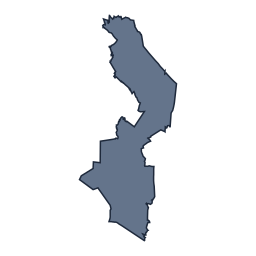 outline of Mazatepec, Morelos, Mexico
{"feature_id": "50627088B77500385000794", "entity_name": "Mazatepec", "entity_type": "district", "adm_level": 2, "iso_a3": "MEX", "parent_name": "Mexico", "parent_adm1": "Morelos", "projection": "equal_earth", "projection_center": [-99.367, 18.688], "detail": "fine", "context": "isolated", "style": "filled", "palette": "slate", "viewbox_px": 256, "rotation_deg": 0, "n_neighbors": 0, "source": "geoboundaries", "source_scale": "gbopen_adm2", "svg_char_len": 5641}
<svg xmlns="http://www.w3.org/2000/svg" viewBox="0 0 256 256"><path d="M151.9,200.0L153.5,198.8L154.7,196.7L154.2,186.3L153.8,183.4L153.6,180.8L153.6,176.6L153.7,174.8L153.7,169.0L153.9,166.5L152.7,166.5L152.0,166.5L150.8,166.2L149.2,165.8L147.8,166.3L144.8,166.2L144.6,165.3L144.7,165.2L144.8,165.0L145.0,162.3L144.4,161.3L145.0,160.3L145.4,158.7L142.9,155.9L142.7,155.0L141.9,153.1L141.4,151.7L141.3,148.6L143.5,147.9L143.4,147.6L143.2,146.9L143.1,146.2L143.3,145.7L143.5,145.5L145.2,144.2L146.3,143.5L147.4,142.6L149.1,141.8L150.6,141.2L150.1,140.3L149.6,139.8L147.8,138.1L148.1,137.9L148.9,137.9L149.3,137.8L149.8,137.4L150.2,137.2L150.7,137.1L150.8,136.9L150.8,136.2L160.8,129.9L162.0,130.4L164.1,131.3L164.5,131.4L165.0,131.8L165.1,129.4L165.3,128.3L165.3,126.8L166.0,127.2L166.7,127.9L167.0,127.4L167.6,125.7L168.5,125.6L169.5,125.7L169.7,126.4L170.1,127.3L171.1,113.1L172.0,111.4L172.5,110.8L172.7,110.4L173.5,107.3L174.1,104.3L174.4,102.5L176.5,83.7L173.9,81.4L171.3,78.8L167.5,74.7L166.2,73.1L164.8,74.0L165.0,71.0L165.0,70.9L164.7,71.3L162.6,68.9L161.0,67.2L160.4,66.6L158.2,63.6L155.4,60.6L148.7,52.9L146.0,49.5L145.1,48.5L144.4,47.5L143.5,46.5L143.3,46.1L141.7,36.2L141.3,34.6L141.0,34.7L140.7,34.1L140.1,33.3L140.1,33.0L140.0,32.6L139.7,32.3L139.0,31.9L137.5,31.5L137.5,31.2L137.4,30.8L136.8,29.9L136.2,29.0L135.9,28.3L134.9,26.8L134.7,25.9L135.0,25.8L134.3,23.3L133.9,21.7L133.7,20.6L133.7,20.4L130.4,19.9L128.9,18.3L128.6,18.3L128.3,18.1L127.8,17.8L126.6,17.6L126.2,17.5L125.6,17.2L125.1,17.6L123.6,18.3L121.8,19.3L121.1,16.8L120.4,17.2L120.0,16.6L119.8,16.8L119.4,16.8L119.1,17.0L118.6,16.4L118.3,15.9L117.9,16.3L117.4,16.4L117.0,16.7L116.4,17.3L116.2,17.2L115.9,17.4L114.1,16.3L113.5,19.3L113.5,19.0L113.1,18.4L112.6,19.1L111.8,18.2L111.4,17.9L111.1,17.8L110.7,17.2L110.3,16.5L109.5,15.4L109.4,15.4L109.2,17.4L109.2,18.5L109.0,19.8L109.2,20.3L109.3,22.2L108.2,23.3L108.1,23.2L107.9,20.9L107.5,20.2L106.5,20.0L103.5,19.0L104.2,21.0L104.4,22.1L105.0,23.3L105.2,24.2L105.2,24.8L104.0,24.5L103.5,24.7L103.1,25.1L102.7,25.8L103.2,26.3L103.0,27.6L104.4,27.7L104.4,28.0L107.6,30.4L109.0,32.3L110.2,32.7L111.0,32.8L112.0,33.6L113.4,35.9L115.1,37.9L115.5,38.4L117.1,39.7L117.3,40.0L115.9,42.2L114.9,43.3L113.5,44.5L112.7,44.9L111.9,45.2L111.1,46.2L110.5,46.1L110.2,46.2L109.2,46.5L109.3,47.2L109.8,47.5L110.4,47.5L110.3,48.0L110.5,49.1L110.7,49.5L111.0,50.4L111.3,51.1L111.3,51.6L111.4,51.9L112.2,52.2L112.4,52.7L112.4,53.2L111.6,53.4L111.6,54.2L111.6,54.3L111.1,54.6L111.2,55.7L112.0,55.6L112.3,55.2L112.5,55.0L112.9,54.9L113.3,55.1L113.3,55.3L112.9,55.9L112.9,56.3L112.8,56.7L112.9,57.1L112.8,57.4L112.5,57.4L112.3,58.2L112.2,58.6L111.1,59.9L111.2,60.2L111.0,61.0L110.1,61.1L110.2,62.0L110.0,62.4L110.4,62.7L112.4,66.2L112.6,66.5L112.9,67.1L114.5,69.7L115.3,71.0L115.5,71.3L115.7,71.6L115.1,72.6L114.9,72.4L114.3,73.4L114.7,73.7L115.3,74.2L113.9,76.4L114.1,76.6L114.9,75.6L115.1,75.8L114.4,76.9L115.0,77.5L114.6,78.2L116.4,77.0L121.2,81.8L121.5,81.3L123.2,83.0L123.4,82.8L125.3,84.7L127.4,86.5L129.3,88.3L129.1,88.7L129.9,89.9L130.2,89.4L131.3,92.0L131.6,92.5L132.1,93.6L133.4,92.0L133.9,91.6L134.3,92.6L134.6,93.1L134.8,93.4L134.9,94.1L134.9,94.6L135.9,96.8L136.1,97.2L136.7,97.6L136.9,97.8L137.3,99.1L137.5,99.8L139.0,102.4L139.9,102.7L139.9,102.8L140.3,103.0L139.2,106.0L139.0,107.2L138.5,109.2L138.0,110.3L138.9,111.2L140.5,111.8L144.4,111.5L134.3,126.8L126.8,121.2L126.4,121.7L126.0,121.5L125.6,121.2L125.3,121.0L125.1,120.9L124.9,120.4L125.1,119.8L124.8,119.4L124.6,119.2L124.5,118.7L124.9,118.4L124.9,118.2L124.7,118.0L124.5,117.9L124.0,118.4L123.5,119.3L123.3,119.4L123.2,119.3L123.2,119.1L123.2,117.9L123.0,117.5L122.8,117.2L122.5,117.0L122.3,116.9L122.1,116.9L121.9,116.9L120.9,117.9L120.6,118.3L120.0,120.1L119.5,119.8L119.4,120.0L119.2,120.7L119.3,121.5L118.8,121.5L118.6,121.7L118.3,123.3L118.1,124.1L117.7,124.6L117.5,124.9L117.1,125.0L116.7,125.0L116.8,125.2L116.3,125.9L116.3,126.3L116.3,126.9L116.6,127.4L116.4,127.5L116.5,127.9L116.6,128.7L116.7,128.9L116.8,129.1L117.2,129.2L117.3,129.2L117.3,130.0L117.1,130.8L116.2,132.4L116.4,133.1L116.6,133.7L116.6,134.5L116.7,135.0L117.5,135.9L117.9,136.3L118.1,137.3L118.0,137.8L117.8,138.5L117.7,138.7L116.0,138.1L115.7,138.3L115.4,138.6L115.3,138.9L114.7,138.9L113.5,139.2L100.4,141.2L100.2,162.7L93.4,161.9L93.1,168.5L81.3,175.8L79.5,179.6L93.1,189.6L97.9,187.9L98.3,188.1L98.4,188.6L104.7,197.5L110.2,205.3L110.3,205.8L111.0,208.9L110.2,210.3L110.2,214.3L110.2,217.1L110.0,218.4L109.0,221.6L111.7,221.7L112.6,221.9L113.5,221.9L114.0,222.1L114.3,222.1L115.6,222.1L117.0,222.5L118.0,223.2L119.3,224.2L120.4,224.8L123.4,226.7L123.5,226.8L144.3,240.6L144.7,240.1L144.3,239.8L144.4,239.4L144.8,238.1L145.3,237.5L143.9,236.7L144.2,236.0L144.5,235.5L144.5,235.4L144.3,235.3L144.5,235.3L144.6,235.1L144.1,235.1L143.7,234.9L143.3,234.8L142.8,234.0L143.1,234.1L143.8,234.5L145.8,235.0L145.8,233.7L145.6,233.5L145.6,233.4L145.6,233.2L145.7,232.9L146.0,232.6L146.2,232.2L146.5,232.2L146.9,231.7L147.0,231.5L147.1,231.3L147.5,230.3L147.7,230.2L147.9,230.2L146.8,228.8L146.4,228.0L146.4,227.8L146.8,225.5L147.0,225.5L147.2,224.5L147.9,222.5L149.7,222.5L149.7,222.2L149.4,221.3L149.0,220.8L148.6,220.5L148.1,220.1L147.4,220.0L147.5,219.4L147.5,216.8L147.6,213.7L147.7,210.1L148.4,207.5L147.9,207.0L148.0,206.8L147.4,205.6L147.3,204.9L146.8,204.3L146.6,204.1L146.4,204.2L146.2,204.0L146.1,203.6L146.5,203.2L146.8,203.5L147.2,203.6L147.4,203.7L148.2,203.6L148.4,203.6L148.8,203.8L149.4,203.9L150.1,204.2L150.3,204.2L150.4,204.3L151.0,203.9L151.6,203.6L151.9,203.3L152.0,203.0L152.1,202.6L152.2,200.5L152.5,200.2L151.9,200.0Z" fill="#64748b" stroke="#1e293b" stroke-width="1.5"/></svg>